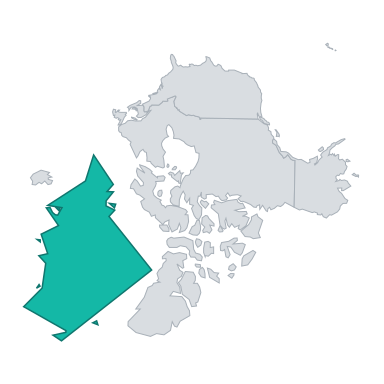 Greenland highlighted among its neighbors, rotated 181°
{"feature_id": "GRL", "entity_name": "Greenland", "entity_type": "country or territory", "adm_level": 0, "iso_a3": "GRL", "parent_name": "North America", "parent_adm1": "", "projection": "mercator", "projection_center": [-41.68, 71.708], "detail": "coarse", "context": "with_neighbors", "style": "filled", "palette": "teal", "viewbox_px": 384, "rotation_deg": 181, "n_neighbors": 3, "source": "natural_earth", "source_scale": "50m", "svg_char_len": 12815}
<svg xmlns="http://www.w3.org/2000/svg" viewBox="0 0 384 384"><g transform="rotate(181 192 192)"><path d="M127.2,266.1L121.4,261.6L117.7,260.2L116.5,257.3L116.8,255.2L114.2,253.8L113.8,251.0L111.3,248.4L111.2,246.6L112.4,244.8L112.3,242.5L108.8,240.1L105.4,233.0L102.1,229.5L101.0,227.4L98.9,228.7L96.9,231.0L93.6,226.5L91.6,225.4L89.5,225.3L89.6,178.5L98.9,183.3L100.7,180.9L103.2,179.0L106.3,179.8L109.4,177.1L112.8,175.6L114.2,178.1L115.8,176.7L116.2,173.8L117.6,174.5L121.2,179.9L123.9,175.8L124.2,180.4L126.7,179.4L127.5,177.7L130.0,178.0L133.2,180.5L138.1,182.6L140.9,183.6L143.0,183.3L145.8,186.1L142.8,188.9L146.6,190.1L152.2,189.4L154.0,188.5L156.2,191.8L158.4,189.0L156.3,186.6L157.6,184.7L161.8,183.9L163.5,185.2L165.6,188.3L167.9,187.8L171.6,190.3L177.8,189.6L177.6,186.1L179.4,185.1L182.6,187.0L182.6,192.2L183.9,187.9L185.6,188.0L186.6,182.3L184.3,178.7L181.9,176.2L182.1,169.3L184.5,164.6L187.3,165.6L189.4,168.5L192.2,175.6L190.3,178.6L194.2,179.8L194.2,185.7L197.0,181.2L199.4,184.9L198.8,189.1L200.8,192.7L203.0,188.8L204.5,184.0L204.6,177.5L210.6,178.8L213.4,181.8L213.6,184.6L212.0,187.6L213.5,190.6L213.2,193.2L209.1,196.9L206.3,197.7L204.1,196.1L203.5,198.7L200.9,205.1L198.5,208.4L195.5,208.7L193.9,210.7L193.7,213.7L191.3,214.2L188.8,217.9L186.5,222.7L185.7,226.1L185.6,230.8L188.7,231.5L190.6,238.1L193.5,237.4L197.3,239.0L199.4,240.4L200.9,242.2L205.7,244.8L211.4,245.3L211.0,248.4L211.7,252.0L213.2,255.8L216.3,259.0L217.9,257.9L219.0,254.4L217.9,248.9L216.4,247.1L219.8,245.4L222.1,242.8L223.3,240.2L223.1,237.7L221.7,234.4L219.2,231.4L221.6,227.1L220.7,223.3L220.0,216.5L221.5,215.5L227.1,217.2L228.9,216.0L233.3,220.0L234.0,221.7L237.7,222.1L237.6,225.6L238.3,230.8L240.2,231.4L241.7,233.8L244.7,231.5L246.7,227.1L248.1,225.1L254.7,238.6L253.8,240.9L256.6,243.0L258.5,245.1L261.8,246.1L263.1,247.2L263.9,250.2L265.5,250.7L266.4,252.0L266.5,255.8L263.5,258.3L260.1,259.5L257.5,262.1L254.0,262.7L249.6,262.0L244.3,262.2L242.6,264.5L239.9,265.9L234.5,272.9L236.3,272.4L239.6,268.3L244.0,265.7L247.1,265.4L248.9,266.9L247.0,269.0L248.3,274.6L251.0,276.1L254.4,275.7L256.5,272.3L256.6,274.5L258.0,275.6L255.4,277.5L248.8,280.4L246.4,282.5L244.9,282.3L244.8,279.9L248.4,277.4L242.8,277.9L241.4,276.2L241.4,272.1L240.5,271.2L239.1,271.8L238.4,271.0L236.8,273.3L235.5,276.9L233.9,277.6L233.7,278.3L226.7,278.3L223.3,281.2L222.7,282.3L218.7,282.3L217.8,282.7L218.3,284.5L215.6,285.9L213.4,286.3L211.0,287.8L209.6,287.0L211.6,282.4L210.8,277.3L208.6,275.9L208.9,275.4L208.0,275.0L207.5,273.8L206.5,274.0L206.7,273.7L206.2,273.4L206.0,272.6L198.7,268.3L196.8,269.2L193.6,268.4L191.9,268.8L189.9,267.9L186.4,267.2L185.7,266.6L185.3,264.9L184.6,264.9L184.6,266.1L127.2,266.1ZM207.8,215.9L209.3,213.9L212.2,213.9L212.1,214.8L209.7,217.3L208.3,217.2L207.8,215.9ZM216.5,158.5L214.3,154.7L214.4,152.1L220.1,152.4L223.7,156.4L223.9,158.4L216.5,158.5ZM215.4,217.6L216.2,216.3L217.1,216.3L217.6,217.3L216.8,219.6L215.9,219.2L215.4,217.6ZM187.8,142.2L186.7,145.3L183.7,144.7L181.2,142.6L182.3,139.0L185.3,136.8L187.1,139.7L187.8,142.2ZM187.4,120.0L182.5,119.6L182.0,116.9L186.2,117.1L187.6,118.9L187.4,120.0ZM181.3,107.4L183.8,111.0L183.2,114.7L180.2,116.8L178.5,114.5L177.6,110.6L177.4,106.3L181.3,107.4ZM199.2,146.8L190.3,143.4L189.3,134.8L187.3,131.0L183.0,129.9L180.6,127.2L181.3,123.4L185.6,124.0L187.9,126.9L192.0,126.9L193.8,129.9L193.3,133.1L197.0,137.1L202.8,138.1L206.1,136.3L213.7,136.2L216.0,139.3L216.4,142.7L215.1,144.8L212.0,146.4L209.4,145.5L199.2,146.8ZM151.2,113.8L154.1,115.3L153.5,118.3L149.6,121.0L146.5,117.9L148.2,114.8L151.2,113.8ZM150.7,106.5L154.5,109.1L152.0,111.2L148.6,111.1L148.6,109.7L150.7,106.5ZM267.1,257.7L264.2,263.5L265.6,262.4L267.0,263.1L266.2,264.3L268.1,265.1L269.0,264.4L271.1,265.3L270.5,267.6L271.9,267.1L272.8,270.7L272.0,273.4L269.7,272.9L270.1,270.4L269.5,270.0L267.1,272.7L265.9,272.6L267.3,271.1L265.4,270.4L259.1,270.5L258.8,269.6L260.1,268.5L259.2,267.6L260.9,265.7L263.1,260.6L264.3,258.7L266.1,257.6L267.1,257.7ZM206.8,202.2L212.7,206.7L212.9,208.9L214.4,208.6L215.9,210.1L214.0,211.6L210.8,210.5L209.6,208.3L204.6,213.2L203.9,210.5L201.1,211.0L202.9,208.7L203.9,200.3L205.4,200.7L205.8,202.9L206.8,202.2ZM218.6,161.6L220.6,158.9L228.1,165.6L228.3,168.4L232.2,167.0L234.3,171.1L239.3,173.6L241.2,176.0L243.1,181.6L239.3,184.3L244.2,188.0L247.5,189.2L250.5,194.2L253.7,194.5L253.1,198.2L249.4,204.0L246.9,201.9L243.6,197.0L240.9,197.7L240.7,200.6L246.5,207.0L247.9,211.7L247.2,215.0L239.4,210.0L244.4,216.7L244.8,218.3L239.2,216.5L234.7,213.9L232.2,211.6L232.9,210.3L226.8,205.6L226.8,207.0L220.8,207.7L219.1,206.1L220.4,202.5L228.6,201.8L227.9,200.0L228.6,197.4L231.3,192.3L230.0,188.0L226.8,185.3L222.6,183.3L223.9,181.9L221.7,178.2L219.9,177.8L218.2,175.8L217.1,177.6L213.4,178.3L205.8,177.0L198.1,174.3L196.3,172.1L198.5,169.2L195.6,169.1L194.9,162.4L196.5,156.2L198.6,153.3L204.0,151.3L202.5,156.0L204.1,160.4L206.0,154.7L211.3,151.7L214.8,159.1L214.5,163.6L218.6,161.6ZM186.0,148.8L190.3,149.1L194.3,150.9L191.2,157.4L188.7,158.7L186.5,163.9L184.1,163.6L182.8,157.6L182.9,154.0L183.9,150.9L186.0,148.8ZM127.2,132.8L130.7,126.1L135.0,120.1L141.0,118.8L140.7,126.0L139.1,129.1L130.0,134.6L127.2,132.8ZM106.7,249.3L108.7,249.0L108.1,253.0L109.9,255.7L109.1,255.7L106.0,251.5L105.6,250.0L105.8,248.8L106.7,249.3ZM163.2,101.5L172.9,107.0L175.3,116.2L171.9,115.1L168.5,111.8L163.9,111.4L165.9,108.3L163.3,105.8L163.2,101.5ZM125.8,267.7L124.8,268.1L121.4,266.7L120.7,265.6L118.9,264.4L118.5,263.5L116.4,262.9L115.6,261.2L115.8,260.4L121.2,262.0L122.9,264.6L125.0,265.9L125.8,267.7ZM129.9,146.4L132.9,148.0L138.2,148.4L142.4,153.7L134.7,160.5L132.1,165.2L132.1,168.1L126.7,171.2L125.6,168.4L120.8,164.9L124.9,152.2L122.9,147.6L129.9,146.4ZM158.4,135.1L160.2,133.7L162.4,134.0L162.8,138.2L161.5,142.0L154.5,143.3L149.2,146.6L146.1,146.8L145.8,144.3L150.1,140.7L140.7,141.7L137.8,140.3L140.7,132.0L142.6,129.6L148.5,132.5L152.2,137.6L155.8,138.2L152.8,130.0L154.7,126.8L156.9,127.8L158.4,135.1ZM161.1,156.6L163.4,159.4L165.3,170.6L172.6,176.6L172.3,179.3L168.9,179.8L170.2,182.0L169.5,184.1L162.2,181.7L155.9,184.0L147.0,185.4L145.8,182.7L143.0,181.1L141.2,181.7L138.6,177.0L148.8,174.5L144.8,173.1L137.4,173.5L136.4,171.1L141.2,168.6L138.0,168.7L134.3,167.0L137.5,159.2L143.1,154.9L145.2,156.3L144.2,159.6L148.8,157.4L151.7,161.0L154.0,157.4L155.9,159.7L157.6,166.4L158.6,163.6L157.2,156.5L159.0,155.4L161.1,156.6ZM173.7,159.2L171.4,154.5L173.9,151.0L176.3,152.6L180.0,151.6L180.6,153.7L178.6,157.2L181.8,160.2L181.4,166.3L178.0,168.8L176.0,168.3L174.6,165.8L169.4,160.6L169.4,158.3L173.7,159.2ZM160.9,152.8L163.7,152.5L165.3,154.1L163.4,158.8L160.2,153.8L160.9,152.8ZM177.7,127.4L179.3,131.5L179.4,135.9L178.4,142.1L175.0,142.9L172.8,141.6L172.8,136.8L169.4,137.5L169.3,130.8L171.5,131.1L174.6,128.1L177.5,128.6L177.7,127.4ZM181.4,91.6L184.3,82.1L186.4,81.2L185.5,78.1L190.3,77.4L193.0,84.5L199.9,89.6L201.5,97.5L204.0,101.2L201.2,104.4L197.3,112.4L189.4,111.8L187.1,107.6L187.2,103.6L188.8,100.7L185.0,100.8L182.7,97.0L181.4,91.6ZM192.0,68.4L201.6,62.6L204.7,56.7L207.2,57.6L209.5,62.0L211.1,53.3L217.5,48.7L225.0,49.8L231.0,46.9L245.5,50.5L253.7,57.1L253.6,61.3L241.7,74.1L246.2,74.0L237.9,85.9L234.4,95.8L230.1,97.8L228.8,100.1L222.5,101.3L225.4,102.7L223.9,104.7L225.6,109.9L223.7,113.4L220.5,116.3L219.5,120.1L216.6,122.9L216.9,125.0L220.4,124.7L220.5,126.9L214.9,132.2L209.5,129.8L203.4,131.2L196.4,129.6L196.1,125.3L200.0,123.2L198.9,116.3L200.2,115.6L205.8,119.8L202.9,113.5L199.6,111.5L201.2,107.5L204.9,104.9L205.5,101.1L202.6,96.6L201.7,90.4L209.0,92.3L212.2,87.8L200.3,87.2L196.7,82.8L194.9,77.4L192.5,73.3L192.0,68.4ZM226.0,191.4L224.7,193.0L222.3,193.3L221.8,190.6L222.7,187.5L224.6,186.8L226.2,188.3L226.0,191.4ZM182.4,179.8L183.6,182.1L182.3,184.1L179.5,182.4L177.8,183.0L175.0,180.4L178.3,175.9L182.4,179.8ZM248.2,263.3L248.9,263.1L251.6,263.9L253.8,265.2L253.8,265.8L250.1,264.9L248.2,263.3ZM249.2,272.2L250.0,273.7L253.4,274.0L252.4,275.2L251.6,275.4L249.0,274.2L248.5,273.2L249.2,272.2Z" fill="#d9dde1" stroke="#a8b0b8" stroke-width="1"/><path d="M127.2,266.1L184.6,266.1L184.6,264.9L185.3,264.9L185.7,266.6L186.4,267.2L189.9,267.9L191.9,268.8L193.6,268.4L196.8,269.2L198.7,268.3L206.0,272.6L206.2,273.4L206.7,273.7L206.5,274.0L207.5,273.8L208.0,275.0L208.9,275.4L208.6,275.9L210.8,277.3L211.6,282.4L209.6,286.7L209.8,287.4L210.5,287.8L218.3,284.5L217.8,282.7L218.7,282.3L222.7,282.3L223.3,281.2L226.7,278.3L233.7,278.3L233.9,277.6L235.5,276.9L236.8,273.3L238.4,271.0L239.1,271.8L240.5,271.2L241.4,272.1L241.4,276.2L243.1,278.9L236.6,282.1L235.1,284.5L235.1,285.9L235.8,287.4L236.7,287.5L236.4,286.5L237.1,287.1L236.9,287.9L230.9,289.0L229.1,289.8L232.2,289.3L232.8,289.8L229.9,290.7L228.6,290.7L228.6,290.3L228.0,291.1L228.6,291.2L228.2,293.2L226.7,295.2L226.5,294.5L225.4,293.7L225.8,295.2L226.3,295.7L226.3,296.7L224.5,299.8L225.0,297.9L223.9,296.9L223.7,294.7L223.3,295.8L223.7,297.5L222.3,297.1L223.8,297.9L223.8,300.4L224.4,300.6L224.9,304.1L223.6,306.0L221.5,306.7L220.1,308.2L219.1,308.3L218.0,309.2L217.7,310.1L215.5,311.7L213.3,314.3L213.0,316.0L213.4,317.7L215.0,321.4L215.0,322.4L216.0,325.1L215.8,327.6L215.3,329.0L214.7,329.3L213.7,329.0L213.3,328.0L212.5,327.5L210.2,322.8L210.6,321.2L210.0,319.9L208.4,317.9L207.6,317.6L205.5,318.6L204.1,317.4L202.8,316.8L200.5,317.1L198.6,316.9L196.2,317.4L196.6,318.0L196.5,319.0L197.0,319.5L196.6,319.8L195.8,319.4L195.0,319.9L193.5,319.8L192.0,318.5L190.2,318.8L188.6,318.3L185.6,319.0L183.7,320.8L181.7,321.8L180.5,322.9L180.0,324.0L180.0,325.6L180.5,327.5L179.7,327.5L176.6,326.3L175.6,323.6L174.4,322.3L172.6,319.3L171.1,318.3L169.4,318.4L168.1,320.2L166.4,319.5L165.3,318.8L164.1,316.2L161.1,313.5L157.5,313.5L157.5,314.5L151.7,314.6L143.9,311.6L144.0,311.2L139.1,311.6L138.7,310.4L137.4,308.9L136.4,308.6L136.2,307.9L135.0,307.8L134.3,307.1L132.3,306.9L131.8,306.5L131.6,305.1L129.5,302.5L127.8,298.9L127.9,298.3L125.4,295.2L125.1,293.0L124.0,291.5L124.4,289.3L124.4,286.9L123.7,284.7L124.5,282.1L125.0,276.8L124.6,272.7L123.4,268.7L123.6,268.1L126.6,269.1L127.7,272.0L128.2,271.2L127.2,266.1ZM89.6,178.5L89.5,225.3L91.6,225.4L93.6,226.5L96.9,231.0L98.9,228.7L101.0,227.4L102.1,229.5L105.4,233.0L108.8,240.1L112.3,242.5L112.4,244.8L111.2,246.6L108.3,244.1L107.7,240.8L105.0,237.8L103.9,234.1L98.6,233.8L96.2,232.6L91.9,228.4L86.3,226.2L83.4,226.5L76.8,222.8L74.5,223.7L75.0,226.6L71.4,227.7L67.3,230.0L67.0,227.6L67.9,223.5L70.1,222.2L69.6,221.1L66.9,223.5L65.5,226.3L62.5,229.2L64.0,231.2L62.1,234.0L57.8,236.8L57.3,238.5L54.0,240.5L53.4,242.2L50.9,243.8L49.5,243.5L43.7,247.0L40.2,248.0L39.9,247.4L46.4,242.6L48.9,242.2L50.0,240.6L52.8,238.4L54.8,236.3L55.2,233.3L56.3,230.9L53.9,232.2L53.2,231.5L52.1,232.9L50.7,230.9L50.2,232.3L49.4,230.3L47.3,231.9L46.0,231.9L45.9,229.5L46.2,228.0L44.9,226.6L42.2,227.4L39.0,224.4L39.0,222.0L37.4,220.2L38.2,217.6L39.9,215.1L40.6,212.8L42.3,212.5L43.8,213.2L45.4,211.0L46.9,211.4L48.5,209.9L48.1,207.8L47.0,206.9L48.5,205.0L45.0,206.1L44.4,207.2L42.8,206.1L39.8,206.7L36.8,205.5L35.9,203.6L33.3,200.7L40.8,196.0L42.5,196.0L42.3,198.6L46.6,198.4L44.9,195.2L42.4,193.2L38.9,188.1L36.1,186.4L37.2,183.4L40.9,183.2L43.5,180.5L44.0,177.6L46.2,174.7L52.1,171.3L54.0,171.7L57.2,168.3L60.3,169.6L61.8,172.5L62.8,171.3L66.3,171.6L66.2,173.1L69.3,174.2L71.4,173.5L81.4,176.8L84.2,175.9L89.6,178.5ZM25.8,209.8L27.1,210.7L28.3,210.3L32.1,212.1L30.3,213.6L28.0,211.7L26.1,212.0L25.7,211.6L25.8,209.8ZM59.7,340.5L60.9,341.8L59.1,343.1L58.5,342.8L58.3,341.4L58.7,340.8L58.7,340.1L59.7,340.5ZM58.4,339.0L57.6,339.4L56.9,338.7L57.1,338.5L58.4,339.0ZM56.8,338.1L56.8,338.3L55.7,338.3L55.8,338.0L56.8,338.1ZM54.2,336.9L55.0,337.8L54.9,337.9L54.0,337.8L53.7,337.2L54.2,336.9ZM51.4,335.8L51.2,336.5L50.5,336.1L51.0,335.7L51.4,335.8ZM36.7,224.9L38.3,225.3L38.5,226.9L37.3,227.5L34.6,225.6L36.7,224.9ZM64.2,234.7L65.5,235.0L66.4,236.2L62.6,239.5L61.5,238.5L61.2,236.7L64.2,234.7Z" fill="#d9dde1" stroke="#a8b0b8" stroke-width="1"/><path d="M352.0,196.7L351.5,200.0L353.8,203.4L351.1,207.1L343.3,211.2L334.8,209.0L336.9,206.9L332.4,204.5L336.0,203.6L335.9,202.1L331.6,201.0L333.0,197.7L336.1,196.9L339.4,200.4L342.5,197.6L345.1,199.0L348.5,196.3L352.0,196.7Z" fill="#d9dde1" stroke="#a8b0b8" stroke-width="1"/><path d="M319.9,40.9L328.5,46.4L315.7,49.5L315.6,51.2L358.3,74.4L340.2,93.3L337.0,118.2L344.0,125.6L335.2,127.8L342.1,147.2L324.9,156.1L337.4,173.6L333.7,174.0L331.1,169.1L328.4,166.9L325.9,166.5L321.7,174.1L336.0,176.1L298.7,201.2L291.0,227.3L270.8,198.2L277.0,191.0L270.6,190.8L277.7,181.7L277.7,176.6L268.9,172.5L274.6,166.1L231.0,113.3L319.9,40.9ZM269.3,174.8L274.4,179.2L268.1,178.5L269.3,174.8ZM324.8,171.1L327.7,174.0L323.9,173.8L324.8,171.1ZM288.9,59.5L285.1,61.5L283.8,57.6L288.9,59.5ZM345.8,93.1L343.3,96.8L342.3,95.2L345.8,93.1ZM342.9,139.5L346.0,141.8L342.9,141.5L342.9,139.5Z" fill="#14b8a6" stroke="#0f766e" stroke-width="1.5"/></g></svg>